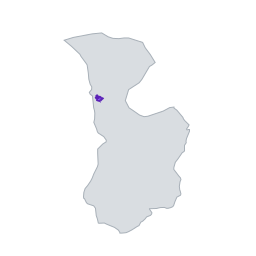 Tērvetes pag., Tervetes, Latvia (highlighted), rotated 76°
{"feature_id": "27541924B26561514973338", "entity_name": "Tērvetes pag.", "entity_type": "district", "adm_level": 2, "iso_a3": "LVA", "parent_name": "Latvia", "parent_adm1": "Tervetes", "projection": "orthographic", "projection_center": [23.319, 56.485], "detail": "fine", "context": "in_parent", "style": "filled", "palette": "violet", "viewbox_px": 256, "rotation_deg": 76, "n_neighbors": 0, "source": "geoboundaries", "source_scale": "gbopen_adm2", "svg_char_len": 3301}
<svg xmlns="http://www.w3.org/2000/svg" viewBox="0 0 256 256"><g transform="rotate(76 128 128)"><path d="M185.4,188.0L183.9,187.8L179.8,186.4L176.3,184.2L174.1,181.1L170.4,177.0L168.0,174.9L164.3,172.3L158.0,166.9L155.8,165.7L145.0,163.5L141.1,162.5L137.4,156.3L136.2,152.6L134.5,152.0L132.6,152.8L130.5,153.6L125.8,158.0L124.3,158.6L121.3,158.7L114.3,159.8L111.1,158.2L105.6,156.6L102.7,156.3L100.0,156.4L88.3,154.7L86.1,156.5L84.0,156.9L81.9,154.0L79.3,153.2L76.4,154.1L71.2,154.2L65.0,153.2L57.1,152.4L55.9,152.7L47.1,156.3L44.9,156.8L35.2,163.0L27.4,168.7L26.9,159.1L28.0,140.0L29.4,130.5L34.7,125.2L37.4,120.9L39.1,115.2L39.7,109.9L40.8,105.6L48.5,93.1L54.3,91.9L62.2,88.6L71.0,85.8L72.7,89.5L73.5,92.3L84.1,102.7L86.8,106.2L90.9,118.1L100.8,124.0L108.7,122.1L112.0,119.1L118.2,113.7L120.9,109.7L121.4,105.9L120.1,89.7L118.3,82.6L118.8,78.3L119.9,78.5L122.5,76.3L130.9,72.2L132.6,72.0L134.5,71.2L139.8,68.0L141.6,69.6L143.1,71.4L143.9,71.4L144.2,70.7L144.1,69.5L144.4,68.7L146.0,69.1L152.4,73.8L154.8,74.9L156.4,75.1L158.5,77.4L163.9,78.7L164.6,79.9L165.0,81.3L170.3,87.3L172.7,90.4L177.3,93.0L179.2,93.6L186.9,90.3L189.0,89.2L190.8,89.1L192.7,90.5L197.0,92.3L200.8,92.8L201.5,92.6L204.7,92.6L205.9,93.3L206.9,97.3L210.7,100.2L214.3,102.5L215.2,103.7L215.6,106.0L215.6,108.7L215.2,110.1L213.9,111.8L213.0,116.0L213.0,119.8L211.5,126.7L211.9,126.8L216.0,125.3L217.2,125.9L218.2,127.3L218.8,131.5L220.3,133.3L221.9,136.2L222.5,138.4L225.4,141.0L225.7,142.7L227.8,148.9L228.7,152.5L229.1,155.2L228.6,158.8L228.0,161.3L227.2,161.2L224.8,162.0L221.2,165.1L215.9,172.3L214.5,173.9L213.4,179.2L213.0,179.8L209.7,179.7L208.7,179.7L205.4,180.0L198.0,179.0L195.2,180.1L191.8,185.5L190.4,186.4L186.1,187.3L185.4,188.0Z" fill="#d9dde1" stroke="#a8b0b8" stroke-width="1"/><path d="M88.6,150.1L88.7,150.3L88.9,150.3L89.0,150.3L89.2,150.6L89.3,150.6L89.5,150.6L89.5,150.9L89.4,151.2L89.5,151.2L89.8,151.1L89.9,151.3L90.1,151.3L90.4,151.3L90.6,151.3L90.6,151.5L90.7,152.1L90.9,152.1L91.0,152.0L91.1,151.9L91.3,151.9L91.5,151.7L91.8,151.7L92.0,151.5L92.1,151.4L92.2,151.2L92.3,151.2L92.4,150.9L92.4,151.0L92.4,150.9L92.5,150.9L92.5,151.0L92.5,150.9L93.0,151.1L93.3,151.4L93.6,151.5L93.7,151.3L93.8,151.2L94.0,151.1L94.1,150.8L94.2,150.5L94.3,150.3L94.5,150.1L94.4,150.0L94.5,149.8L94.5,149.7L94.8,149.4L94.8,149.2L95.0,149.1L95.2,148.9L94.8,148.9L94.7,148.8L94.5,148.7L94.4,148.5L94.4,148.4L94.3,148.2L94.3,147.9L94.2,147.8L94.2,147.7L94.0,147.4L94.0,147.2L94.0,146.8L93.9,146.8L93.9,146.7L94.0,146.7L93.9,146.6L93.9,146.4L93.6,146.0L93.7,145.9L93.5,145.5L93.5,145.4L93.4,145.2L93.3,145.3L93.1,145.5L92.9,145.3L92.7,145.5L92.7,145.9L92.8,146.0L92.7,146.2L92.5,146.4L92.4,146.5L92.2,146.6L92.0,146.8L92.1,147.0L91.8,147.1L91.7,147.2L91.7,147.3L91.5,147.5L91.4,147.6L91.3,147.4L91.2,147.4L91.2,147.5L91.3,147.5L91.2,147.5L90.9,147.6L90.7,147.7L90.7,147.8L90.7,147.7L90.6,147.8L90.6,147.7L90.6,147.8L90.8,148.2L90.8,148.3L90.9,148.7L90.9,148.8L91.0,148.9L91.0,149.0L91.3,149.2L91.6,149.2L91.7,149.3L91.9,149.3L92.0,149.3L91.9,149.5L91.7,149.7L91.5,149.8L91.4,149.9L91.3,150.0L91.2,150.1L90.9,150.1L90.6,150.2L90.7,149.9L90.4,149.9L90.2,149.9L90.3,149.9L90.2,149.9L89.9,149.7L89.7,149.7L89.5,149.8L89.5,149.7L89.2,149.5L88.8,149.8L88.7,150.0L88.6,150.1Z" fill="#8b5cf6" stroke="#5b21b6" stroke-width="1.5"/></g></svg>